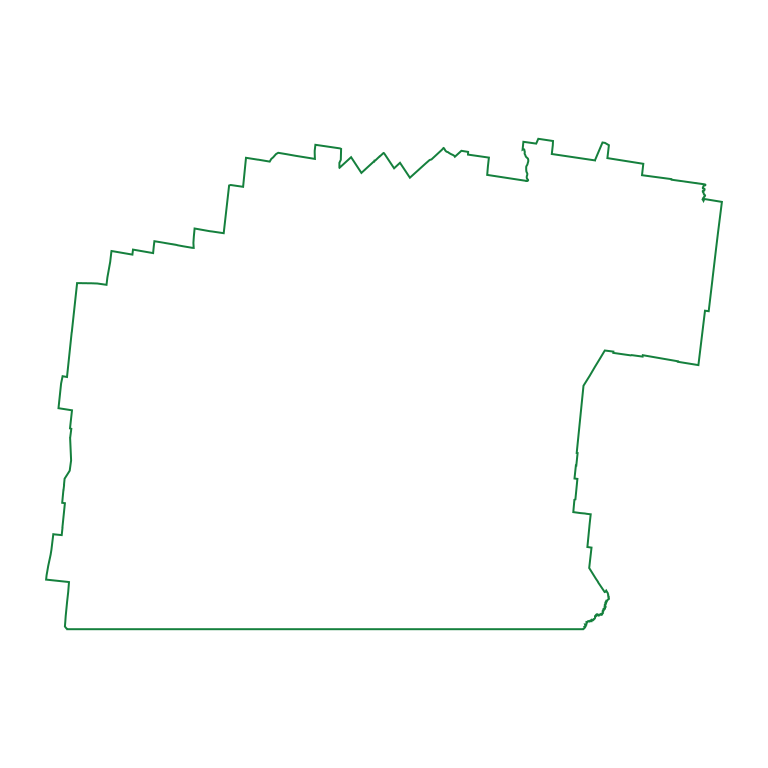 the district of Balonne, Queensland, Australia
{"feature_id": "25037944B99375808826492", "entity_name": "Balonne", "entity_type": "district", "adm_level": 2, "iso_a3": "AUS", "parent_name": "Australia", "parent_adm1": "Queensland", "projection": "equal_earth", "projection_center": [148.683, -28.285], "detail": "fine", "context": "isolated", "style": "outline", "palette": "green", "viewbox_px": 768, "rotation_deg": 0, "n_neighbors": 0, "source": "geoboundaries", "source_scale": "gbopen_adm2", "svg_char_len": 5662}
<svg xmlns="http://www.w3.org/2000/svg" viewBox="0 0 768 768"><path d="M67.3,629.2L583.1,629.2L583.3,628.8L583.8,628.7L584.1,628.3L584.4,628.2L584.6,627.7L585.0,627.3L585.0,627.1L584.5,626.7L584.9,626.4L585.1,626.4L585.3,626.6L585.5,626.5L585.4,626.0L585.8,625.6L585.9,625.4L585.7,625.1L585.4,625.1L585.2,624.9L585.1,624.6L585.9,624.8L586.3,624.7L586.4,624.0L586.5,623.8L586.4,623.7L586.5,622.6L586.5,622.1L587.0,622.2L587.3,622.2L587.6,621.5L587.8,621.4L588.2,621.1L588.5,621.2L589.0,621.1L589.3,621.2L589.4,621.5L589.7,621.5L590.0,621.2L590.1,620.7L590.3,620.6L590.6,620.7L590.7,621.0L591.0,621.2L591.5,621.2L591.5,620.9L591.3,620.7L591.4,620.4L591.4,619.9L591.5,619.8L591.6,619.7L592.0,619.8L592.6,620.2L592.8,620.2L593.1,620.2L593.4,619.8L593.8,619.5L593.8,619.4L593.8,619.1L594.1,619.1L594.4,618.9L594.6,618.7L594.9,618.3L595.2,617.3L595.1,617.0L595.0,616.6L595.0,616.2L595.2,615.9L595.6,615.7L595.9,615.8L596.2,615.7L596.4,615.9L596.6,615.8L596.7,615.5L596.9,615.3L596.9,615.2L596.5,615.2L596.2,615.3L595.9,615.1L596.2,614.7L596.7,614.3L597.0,614.3L597.1,614.5L597.3,614.9L597.5,615.0L597.8,615.0L598.0,614.6L598.3,614.8L598.4,615.2L598.8,615.6L599.0,615.5L599.0,615.2L599.1,614.9L599.3,614.8L599.7,614.7L600.0,614.4L601.0,613.9L601.5,614.2L601.5,614.4L601.5,614.6L601.5,614.8L601.9,614.7L602.2,614.2L602.3,613.7L602.7,613.3L602.6,613.2L602.4,613.1L602.7,612.7L603.1,611.9L602.8,611.7L602.7,611.6L602.6,611.1L602.7,610.9L603.1,610.7L603.1,610.4L603.5,610.2L603.8,610.0L604.0,609.9L604.1,609.6L603.8,609.3L604.0,609.2L603.8,608.9L603.7,608.7L603.9,608.5L604.7,608.8L604.9,608.8L605.0,608.6L605.0,608.3L605.0,608.2L604.8,608.1L604.7,608.0L605.1,607.6L605.0,607.2L605.4,607.2L605.5,607.1L605.4,606.8L605.6,606.5L605.5,606.1L605.4,605.9L604.9,606.1L604.7,606.0L605.0,605.5L604.9,605.2L604.8,604.7L605.0,604.3L605.6,604.1L605.8,604.0L605.9,603.8L606.0,603.7L605.9,603.4L606.0,602.8L605.8,602.6L605.4,602.5L605.4,602.4L605.7,602.1L605.9,602.1L606.0,602.1L606.1,601.9L606.0,601.4L606.1,601.2L606.3,600.8L606.5,600.9L606.7,601.3L606.8,601.4L607.2,600.6L608.0,599.4L608.5,599.3L608.7,599.2L608.9,598.9L608.9,598.0L608.4,597.2L608.5,597.0L608.6,596.9L608.7,596.6L608.2,596.1L608.1,595.8L608.3,595.2L607.7,593.0L606.2,590.6L605.0,592.4L605.1,592.7L598.1,582.3L598.1,582.0L595.8,578.6L589.2,568.0L591.5,547.6L587.4,547.0L589.6,524.3L590.7,514.3L586.6,513.8L585.0,513.5L580.6,513.1L573.3,512.1L574.4,499.8L575.4,499.4L577.4,478.9L574.5,478.5L575.9,465.4L576.3,465.5L577.6,453.1L576.7,453.0L583.5,385.7L589.7,375.8L594.9,366.9L599.6,359.2L604.8,350.5L613.4,351.6L613.3,352.9L630.9,355.4L631.5,355.1L642.6,356.6L642.8,355.2L678.0,361.3L677.9,361.8L698.4,365.1L705.0,310.7L708.7,311.2L712.5,279.1L712.5,278.9L716.1,248.4L718.0,232.7L721.9,201.9L704.3,199.0L703.5,200.8L703.2,200.2L702.6,199.5L702.7,199.3L703.1,198.2L703.4,197.8L704.1,197.1L704.2,196.5L704.3,196.4L704.7,196.4L704.8,196.3L705.0,195.6L704.7,195.4L704.8,195.1L704.7,194.9L704.6,194.7L704.2,194.4L703.8,194.0L703.6,193.1L703.5,192.8L702.9,192.0L702.8,191.7L702.8,191.0L702.9,190.9L703.2,190.9L703.5,191.0L703.9,190.8L704.2,190.5L704.3,190.4L704.6,189.2L704.4,188.8L703.8,188.7L703.5,188.4L702.9,188.3L702.8,187.9L703.2,186.8L703.6,185.9L703.9,185.7L704.1,185.5L704.9,185.4L705.2,185.3L705.4,185.0L705.4,184.8L705.3,184.6L704.7,184.5L704.3,184.3L671.5,179.7L671.4,179.1L642.0,175.2L643.3,163.8L607.4,158.1L608.9,145.2L605.0,142.9L602.5,142.5L595.0,160.2L595.0,160.4L551.8,154.0L552.8,145.2L553.0,141.0L538.3,138.8L536.2,143.6L523.4,141.8L522.6,149.6L523.3,149.2L523.7,149.2L524.1,149.4L524.3,149.7L524.4,150.2L524.4,150.8L524.6,151.1L524.8,152.0L524.6,153.3L524.7,153.9L525.4,155.3L525.7,156.3L526.0,156.8L526.8,157.6L527.3,158.0L527.9,158.6L528.2,159.6L528.3,160.6L528.2,161.7L527.9,162.5L527.5,164.1L527.3,164.7L526.5,166.0L526.2,166.9L526.2,168.6L526.2,169.6L526.4,171.6L527.1,173.1L527.3,173.5L527.3,174.0L527.3,174.6L527.2,175.0L527.1,175.5L526.9,175.8L526.8,176.3L526.7,177.3L526.8,178.0L527.0,178.6L528.0,179.8L528.1,180.3L527.9,180.6L527.5,180.9L527.2,181.0L526.8,181.0L526.4,181.0L526.4,180.9L487.2,174.9L487.9,166.5L488.9,157.6L468.0,154.6L468.1,152.0L468.1,151.9L461.4,150.8L454.9,156.7L454.6,156.2L454.3,155.9L453.8,155.5L452.8,154.9L452.1,154.6L450.8,154.0L449.1,153.0L447.9,152.1L447.4,152.0L446.4,151.6L446.1,151.3L445.2,150.4L444.7,149.3L443.9,148.4L443.8,148.1L443.5,148.0L442.1,149.6L431.5,159.4L429.6,160.0L425.5,163.6L409.9,177.7L400.0,162.8L394.1,168.3L384.8,154.3L383.9,153.1L383.5,153.0L379.7,156.5L379.6,156.4L375.6,160.2L374.7,160.5L374.8,160.8L374.6,161.1L374.5,160.9L361.4,172.9L351.1,157.2L339.5,167.8L339.4,167.7L339.4,162.8L340.8,159.8L341.1,148.9L340.0,148.4L315.4,144.8L314.7,150.8L314.7,153.0L314.9,158.9L295.6,155.8L286.6,154.2L278.2,152.8L276.0,154.1L273.2,157.3L271.3,158.9L270.4,160.4L269.7,161.6L258.5,159.7L258.1,159.7L246.0,157.8L243.1,186.8L230.7,185.0L229.1,185.5L223.7,233.2L212.2,231.5L209.7,231.2L194.6,228.5L193.9,235.8L193.4,242.9L193.7,247.9L192.1,247.8L189.2,247.3L182.7,246.2L177.3,245.2L176.9,245.0L154.4,241.2L153.8,246.1L153.1,253.1L133.0,249.6L132.4,254.6L111.5,251.0L111.4,251.5L110.2,261.9L107.4,277.4L106.5,284.8L97.3,283.5L92.1,283.3L77.1,283.1L71.8,332.1L71.7,332.3L67.0,377.0L62.6,376.2L61.1,383.5L58.5,408.2L72.0,410.3L70.0,428.4L71.3,428.8L70.2,437.4L70.1,437.5L71.1,460.4L69.7,470.7L64.6,478.7L64.0,484.8L64.1,485.0L63.5,490.1L63.4,490.1L62.2,502.8L64.9,503.2L62.4,527.6L62.5,527.7L61.7,535.1L54.6,534.4L53.3,534.2L51.4,549.9L50.6,554.8L48.2,566.0L47.2,571.8L46.6,575.1L46.1,579.6L67.7,581.9L69.0,582.1L68.2,592.0L67.1,601.8L65.7,616.0L65.3,621.6L64.9,626.5L66.5,628.5L67.3,628.9L67.3,629.2Z" fill="none" stroke="#15803d" stroke-width="2"/></svg>